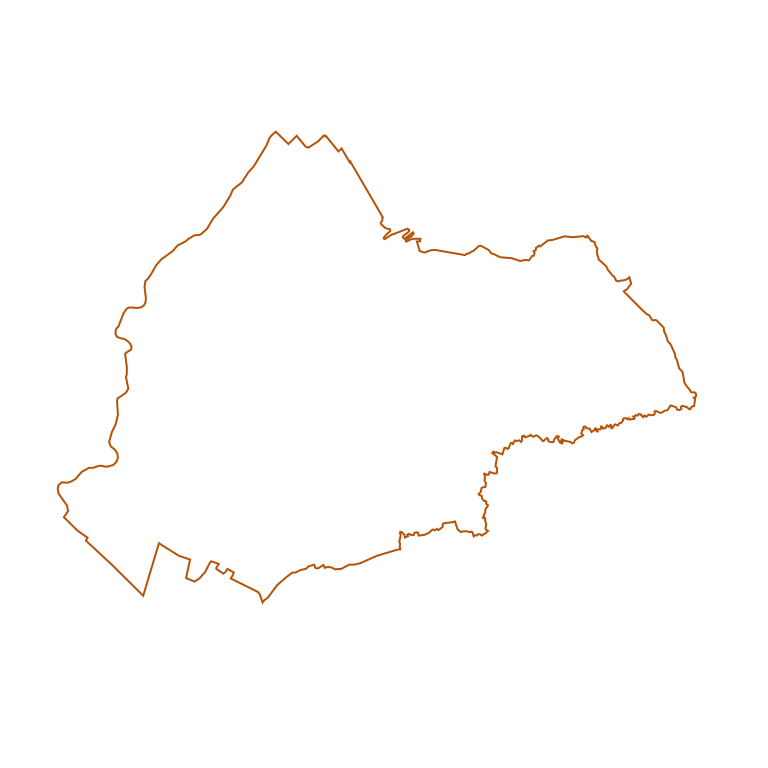 Razvad, Dâmbovita, Romania (Mercator projection), rotated 97°
{"feature_id": "2599482B17073586102426", "entity_name": "Razvad", "entity_type": "district", "adm_level": 2, "iso_a3": "ROU", "parent_name": "Romania", "parent_adm1": "Dâmbovita", "projection": "mercator", "projection_center": [25.513, 44.956], "detail": "fine", "context": "isolated", "style": "outline", "palette": "amber", "viewbox_px": 768, "rotation_deg": 97, "n_neighbors": 0, "source": "geoboundaries", "source_scale": "gbopen_adm2", "svg_char_len": 6134}
<svg xmlns="http://www.w3.org/2000/svg" viewBox="0 0 768 768"><g transform="rotate(97 384 384)"><path d="M555.2,685.5L566.7,670.6L572.7,659.5L575.8,660.8L596.0,632.8L623.5,597.2L569.5,588.0L579.5,566.7L581.9,555.1L600.7,556.8L603.2,548.0L599.3,543.4L592.4,538.6L583.0,535.2L581.0,534.0L582.7,526.1L587.0,528.1L588.0,527.8L591.8,520.4L589.9,518.4L586.6,516.9L589.3,510.2L592.0,510.7L595.7,512.4L605.9,483.6L608.1,481.5L615.7,477.9L613.4,476.7L610.3,473.3L596.7,465.6L587.5,457.3L582.4,452.0L581.9,448.9L578.7,444.0L577.0,439.0L574.3,436.8L571.9,431.3L574.8,429.8L575.2,428.4L575.0,427.0L571.0,422.1L573.7,420.4L572.8,418.7L572.4,416.5L572.6,413.2L573.9,410.2L572.7,403.9L567.6,396.6L567.0,391.8L564.9,386.0L555.4,370.1L546.7,350.4L546.1,347.6L543.7,348.6L540.7,348.5L538.7,349.6L531.9,349.0L529.9,350.1L529.0,349.9L528.6,349.0L530.9,345.5L533.8,344.5L532.1,341.7L530.8,342.5L530.0,341.5L529.7,340.6L530.5,339.2L530.2,336.1L527.9,335.6L527.5,334.3L527.2,332.7L527.7,332.0L530.2,331.2L528.7,325.1L527.3,323.3L527.0,322.0L522.7,318.3L522.4,317.3L523.1,316.4L522.9,315.7L521.4,313.8L522.3,312.3L522.0,311.6L518.5,308.3L515.9,308.7L514.7,307.1L513.0,299.8L511.8,296.8L519.2,293.3L521.6,289.6L520.8,288.3L520.1,284.1L520.6,280.5L519.8,279.1L520.6,278.0L524.3,276.4L522.9,274.8L523.0,273.4L521.5,272.1L521.4,270.6L522.5,268.6L522.3,267.9L521.0,267.0L519.7,264.8L517.1,262.9L516.1,265.1L514.9,265.7L512.2,265.4L510.0,265.7L506.9,267.2L505.2,267.0L504.8,267.5L505.1,269.1L504.2,269.6L502.5,268.4L501.7,269.0L499.1,267.8L496.3,268.2L492.4,266.1L491.5,266.2L490.4,268.1L488.5,268.0L487.6,269.1L488.0,270.3L485.6,272.8L483.0,273.4L482.9,275.2L481.8,276.6L479.2,274.8L475.4,274.5L474.5,273.4L474.0,271.0L472.9,270.8L470.0,270.7L467.6,272.5L462.5,272.4L461.6,273.6L460.7,273.5L461.6,269.9L461.0,269.0L458.4,268.5L459.4,263.8L459.0,261.3L454.5,261.3L453.2,261.8L452.3,263.3L442.5,262.9L439.4,268.1L438.0,267.6L437.8,266.7L438.5,265.8L438.0,264.0L439.4,257.9L432.7,256.7L432.5,255.2L433.4,253.5L432.6,252.5L427.1,250.9L426.9,249.4L427.7,248.7L424.1,247.2L424.4,245.8L423.5,242.9L424.8,240.9L423.0,240.1L419.3,240.7L418.2,238.6L419.5,238.0L419.7,237.0L417.5,233.0L416.6,232.5L418.2,229.6L416.5,226.8L416.5,225.7L418.6,222.3L421.1,219.8L421.3,218.8L418.1,216.2L417.9,215.3L418.7,214.4L420.7,214.0L421.4,211.3L421.0,208.8L418.4,208.3L414.9,206.3L414.4,205.1L415.1,204.0L417.0,204.9L420.8,202.1L421.3,200.1L419.7,199.4L418.7,201.3L417.2,200.9L418.4,197.0L418.8,191.7L420.1,189.9L419.2,188.4L416.5,187.6L412.6,183.4L411.8,181.1L410.6,180.2L409.1,182.1L405.6,181.6L404.6,180.2L403.0,181.0L401.8,180.2L401.9,178.6L403.2,177.7L403.3,174.3L406.4,172.2L404.4,169.9L402.3,169.0L402.6,167.8L404.3,167.8L405.1,167.0L405.0,166.3L404.0,167.1L403.1,166.8L402.6,163.6L399.7,163.3L399.9,162.1L401.5,161.2L400.9,160.3L400.9,158.9L397.8,157.6L399.1,155.8L397.0,154.2L397.2,153.6L400.2,153.0L400.1,152.6L399.3,151.6L396.3,150.3L395.9,149.4L396.7,147.1L394.0,145.4L393.7,143.8L391.2,142.3L389.6,142.6L389.1,142.1L388.3,139.7L389.4,138.3L388.2,137.0L389.0,136.8L389.4,135.6L388.4,133.1L388.2,131.4L387.4,131.1L385.9,132.5L385.4,131.2L384.3,130.3L384.5,128.6L382.7,127.5L383.1,126.2L382.8,125.3L384.7,123.8L385.3,122.4L383.7,122.0L383.5,121.5L384.5,119.6L382.1,117.6L382.4,114.4L381.9,112.6L380.6,111.6L378.6,112.1L377.9,111.7L377.7,110.9L378.9,106.6L378.6,104.9L376.2,102.0L375.7,100.0L374.9,99.2L370.4,96.9L371.4,91.4L373.7,89.9L373.9,87.6L372.6,85.8L370.3,86.5L369.5,85.3L369.3,84.0L369.9,82.8L369.7,81.2L371.7,78.2L371.9,77.2L368.9,75.7L368.1,73.5L360.7,73.4L359.9,74.8L358.5,72.9L355.8,73.0L354.4,74.6L354.8,77.1L354.4,78.6L353.1,79.3L347.7,84.8L345.3,86.3L336.7,88.7L334.8,90.0L332.5,93.0L324.7,96.1L322.0,98.0L318.5,99.0L309.8,104.3L306.7,107.7L301.6,109.9L297.7,112.4L293.9,113.3L287.7,121.0L287.4,122.4L288.1,125.0L287.7,125.7L283.6,129.1L282.5,131.9L279.8,135.8L263.2,156.9L262.7,157.3L260.2,154.2L254.2,150.9L248.2,153.5L250.6,155.8L252.0,159.1L252.5,161.7L253.5,163.5L253.2,166.1L249.4,168.6L248.6,170.3L243.3,175.8L240.1,177.7L234.1,186.3L231.7,186.8L229.7,188.1L226.0,189.0L223.4,188.8L220.8,191.0L217.3,192.3L216.7,195.7L212.4,199.7L213.4,200.4L212.7,200.8L213.7,201.3L213.5,203.0L212.9,203.9L215.3,214.7L215.4,222.7L220.3,233.9L221.6,238.9L228.5,245.8L227.8,246.9L230.4,249.8L232.4,249.6L234.1,251.7L234.7,250.8L236.0,250.5L238.4,251.0L238.7,252.5L243.7,255.2L243.6,258.7L245.3,263.9L243.6,272.3L244.0,284.2L241.9,290.2L241.3,293.5L238.3,296.3L234.9,304.8L235.3,306.4L241.5,311.9L241.6,312.8L243.8,315.4L244.7,317.8L246.2,319.3L244.7,349.0L245.1,352.5L247.0,357.1L248.3,358.5L248.5,361.0L247.6,364.8L238.5,368.8L238.1,365.7L235.4,365.5L236.4,373.0L237.7,375.9L239.7,378.6L239.9,379.4L239.5,379.9L237.4,379.2L233.9,374.4L230.9,372.9L229.9,373.7L237.4,381.3L236.6,382.9L235.6,383.3L234.6,382.7L229.6,377.8L227.8,377.9L227.0,379.6L235.4,395.4L240.1,400.8L239.7,402.0L238.8,402.0L235.4,400.0L231.7,396.5L229.8,396.8L229.1,401.7L225.5,406.5L224.7,406.9L221.4,405.5L219.3,406.0L218.7,405.5L171.9,441.1L167.3,444.6L168.2,445.0L155.4,454.8L158.7,457.6L144.8,472.0L145.5,472.6L144.5,473.8L151.4,479.2L158.5,487.7L158.1,490.6L148.3,500.9L157.5,508.1L146.7,522.2L151.5,526.3L154.4,527.9L161.5,529.7L183.8,539.8L190.9,544.7L201.2,549.6L209.4,557.7L216.3,559.7L228.0,565.1L241.2,574.1L251.3,578.4L257.8,584.0L258.7,586.0L259.6,590.5L264.2,596.2L266.4,598.0L271.6,605.7L277.8,609.9L287.5,620.3L293.6,624.4L305.4,629.5L308.5,631.3L310.9,633.4L316.8,633.5L327.8,630.8L332.2,630.6L335.3,631.9L337.4,634.3L338.6,638.2L339.0,646.0L340.5,648.5L345.4,651.1L359.4,654.6L361.6,656.4L363.9,656.9L367.0,656.6L369.7,654.8L370.7,651.0L370.9,647.7L372.3,644.2L374.6,641.2L377.5,639.2L380.6,639.1L384.5,644.0L385.8,644.6L399.0,641.2L406.0,640.5L408.5,641.0L419.8,637.2L424.4,639.3L430.8,646.7L433.5,646.9L447.2,644.3L457.0,645.5L464.8,648.2L474.7,649.8L479.1,647.8L482.0,643.1L485.5,640.2L489.7,639.1L493.8,640.0L497.3,642.7L499.3,647.2L500.0,650.3L499.6,655.1L500.8,658.9L502.7,662.5L503.1,666.5L508.0,673.3L516.1,678.8L519.0,682.8L520.6,686.2L520.8,691.6L523.9,694.7L527.7,695.1L532.5,693.6L543.4,683.7L548.8,682.1L555.2,685.5Z" fill="none" stroke="#b45309" stroke-width="2"/></g></svg>